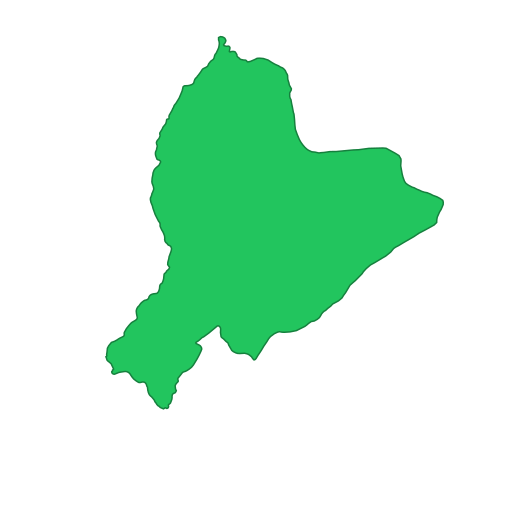 the district of Ocamonte, Santander, Colombia, rotated 28°
{"feature_id": "7082276B93797030728524", "entity_name": "Ocamonte", "entity_type": "district", "adm_level": 2, "iso_a3": "COL", "parent_name": "Colombia", "parent_adm1": "Santander", "projection": "mercator", "projection_center": [-73.133, 6.346], "detail": "fine", "context": "isolated", "style": "filled", "palette": "green", "viewbox_px": 512, "rotation_deg": 28, "n_neighbors": 0, "source": "geoboundaries", "source_scale": "gbopen_adm2", "svg_char_len": 6101}
<svg xmlns="http://www.w3.org/2000/svg" viewBox="0 0 512 512"><g transform="rotate(28 256 256)"><path d="M399.8,141.6L398.6,139.1L397.8,136.6L397.4,130.8L397.6,128.3L397.4,125.6L397.1,122.7L396.1,120.6L394.8,119.2L391.6,118.8L387.9,118.8L383.8,119.4L381.0,119.4L377.3,119.8L374.8,120.6L372.0,121.1L369.5,121.2L366.7,121.5L363.7,121.5L361.5,121.9L357.3,121.9L354.3,121.5L352.0,120.3L348.7,117.3L346.5,114.9L341.4,108.4L339.4,103.9L338.4,102.3L335.1,100.2L330.3,99.9L320.3,99.8L317.3,101.1L305.1,108.0L296.7,114.0L291.8,116.9L277.8,126.1L272.3,129.1L267.5,132.6L264.8,134.3L263.2,135.5L259.5,136.5L256.3,137.8L252.8,138.0L250.8,137.8L248.1,137.1L245.3,136.0L242.4,134.6L239.7,132.9L235.5,129.5L231.3,125.7L228.9,122.2L225.8,117.2L222.9,112.9L221.6,111.7L218.1,107.3L215.9,104.7L213.5,101.6L211.9,100.5L210.8,99.2L209.2,96.2L209.2,92.9L208.7,91.7L205.3,89.5L203.5,87.4L202.2,86.2L201.0,84.9L199.1,81.7L198.2,80.9L196.6,80.0L195.2,78.8L193.6,78.0L191.6,77.5L190.3,77.5L189.0,77.7L186.6,77.5L184.3,77.7L182.3,77.8L179.3,77.7L174.7,77.3L169.7,78.2L166.2,79.7L164.1,81.0L162.9,82.8L159.8,86.7L157.9,88.3L157.2,88.6L156.0,88.1L155.0,87.9L153.0,88.8L149.8,89.7L148.6,89.2L146.2,88.8L145.3,88.3L144.5,87.1L141.9,85.6L140.8,85.7L139.5,86.2L138.3,87.0L137.4,88.0L136.5,88.0L135.9,86.3L135.3,84.4L134.6,83.8L133.5,83.5L132.7,83.9L131.3,84.8L129.0,85.3L128.2,84.7L128.6,82.4L128.5,80.8L128.1,79.7L126.3,78.4L124.8,78.2L123.5,78.3L121.6,79.0L120.4,80.7L121.5,82.8L122.5,83.7L123.7,85.3L124.5,87.2L125.2,89.4L125.4,91.1L125.6,96.0L125.3,96.8L125.3,98.1L126.0,101.0L126.0,102.1L125.6,103.3L124.9,104.5L124.5,105.6L124.0,108.6L124.2,110.7L124.0,111.6L123.1,113.1L121.4,115.4L121.0,116.5L120.8,119.3L120.2,123.4L119.8,125.0L119.8,126.2L119.2,127.4L119.1,128.9L119.3,130.4L119.7,132.2L119.7,132.9L119.2,134.2L118.7,134.9L117.1,136.6L115.8,137.6L113.1,139.2L112.7,139.6L112.2,140.8L113.3,145.0L114.0,152.6L113.6,159.0L113.2,160.6L113.1,161.7L113.4,163.7L113.3,164.8L113.5,167.1L113.3,172.4L113.5,173.2L113.8,174.0L114.2,174.5L114.6,175.6L114.4,176.1L113.7,176.5L113.3,176.9L113.1,177.6L113.8,179.6L114.2,181.6L114.1,182.2L113.4,185.8L113.6,188.2L113.3,192.3L113.5,193.0L114.1,193.9L114.6,194.4L114.9,195.0L115.0,195.7L115.2,197.7L114.6,200.3L114.6,201.5L114.8,202.6L115.6,203.7L116.8,204.8L117.3,205.5L117.9,207.9L118.3,208.9L118.4,211.0L118.7,212.0L119.3,213.2L120.3,214.5L123.1,217.0L124.3,217.1L125.2,216.8L126.8,217.0L127.4,217.4L127.7,217.9L127.7,221.5L126.3,225.0L125.8,226.8L125.7,228.2L126.1,231.1L126.7,232.5L127.7,235.9L129.2,239.3L130.2,240.6L132.5,242.6L134.0,244.4L134.4,245.3L134.8,248.4L134.8,249.7L135.2,251.0L135.5,252.8L135.5,254.1L135.8,254.9L136.4,256.0L137.2,256.9L137.9,257.8L141.0,260.4L142.7,262.3L147.6,266.8L153.6,271.0L155.4,271.8L156.4,272.9L156.9,274.0L157.5,274.9L160.3,277.1L162.3,278.3L163.9,279.5L165.8,281.2L167.2,283.3L167.5,284.2L168.9,285.8L170.3,286.5L171.2,286.6L173.2,287.5L175.3,287.4L176.3,287.6L177.9,289.0L178.3,290.0L178.8,291.7L179.6,297.5L180.2,299.1L181.1,302.9L182.1,305.1L183.0,305.6L184.1,306.1L184.6,306.2L185.0,306.6L185.2,308.4L184.1,311.4L184.2,312.8L183.5,314.4L183.4,315.2L185.2,319.7L185.7,322.2L185.8,324.1L185.0,325.6L184.9,326.5L185.0,327.4L185.4,328.5L186.0,329.8L186.4,331.4L186.6,332.6L186.6,333.6L186.3,335.0L185.7,335.8L183.0,337.7L182.0,338.7L181.4,339.5L180.9,340.6L180.8,341.3L180.7,342.4L181.0,343.6L180.9,344.3L180.6,345.2L179.9,346.2L178.4,347.5L177.8,348.6L176.7,351.1L176.4,352.5L176.1,354.9L175.6,356.4L175.5,357.8L175.6,359.1L175.9,360.3L176.2,361.0L177.6,363.1L180.1,366.1L180.3,366.8L180.4,367.4L180.2,368.3L179.7,369.5L177.7,372.7L177.1,374.1L176.4,377.1L175.7,380.9L175.6,385.2L175.8,386.0L176.7,387.5L176.9,388.0L176.8,388.9L176.3,389.8L174.3,392.5L173.4,394.0L172.8,395.2L171.1,397.8L168.9,400.2L168.1,404.4L168.1,407.2L169.6,410.9L170.3,413.0L171.2,414.2L170.8,415.5L171.3,415.8L173.4,417.9L174.6,418.3L175.8,418.5L178.6,419.1L183.4,422.7L182.9,424.1L183.0,424.2L183.2,424.6L183.2,425.0L182.9,425.7L183.2,426.3L183.8,426.9L184.6,427.2L185.4,427.2L186.4,426.9L186.9,426.4L189.5,423.3L190.8,422.2L193.9,419.9L195.2,419.1L196.7,418.7L198.1,418.7L199.6,419.0L203.1,420.9L205.7,422.0L208.5,422.5L210.7,422.7L211.8,422.7L212.8,422.3L213.4,421.9L214.7,420.7L215.4,420.3L216.4,419.9L217.2,419.9L218.0,420.0L219.4,420.8L220.9,422.3L221.7,422.7L223.4,425.2L225.1,427.1L226.9,428.5L228.5,429.1L230.0,429.4L233.5,430.8L235.5,432.3L236.6,432.7L238.1,433.6L239.7,434.2L240.9,434.2L242.6,434.7L246.1,434.4L247.1,432.6L248.8,432.5L249.3,432.0L249.7,431.2L249.6,430.2L249.3,429.6L248.6,428.8L248.6,428.2L249.2,427.0L249.5,426.0L249.2,423.5L248.9,421.8L248.4,420.5L247.7,419.2L247.2,417.6L247.5,416.4L248.9,414.5L248.9,412.4L247.3,411.1L245.5,408.5L245.4,406.8L245.8,404.7L246.2,403.5L246.0,402.9L245.4,402.1L244.6,401.4L244.5,400.6L245.8,393.4L246.4,392.4L247.9,390.9L248.8,389.6L250.1,387.3L251.3,384.5L251.9,381.5L252.3,374.6L252.3,370.1L252.1,365.9L251.8,363.7L251.1,362.7L250.1,362.0L249.1,361.5L247.8,361.3L244.3,361.4L243.6,361.0L243.6,360.4L244.0,359.6L244.7,358.5L245.5,356.7L246.7,353.3L247.7,352.0L250.6,346.0L254.7,335.9L255.5,335.3L256.6,335.3L257.9,335.8L258.5,336.3L259.2,337.3L260.6,340.3L263.1,343.7L264.6,344.2L266.2,344.4L269.6,345.5L272.0,345.9L273.8,347.5L278.9,350.7L280.9,351.1L283.8,351.0L285.6,350.6L287.5,349.7L291.6,347.2L294.5,346.5L296.6,346.5L299.4,347.1L301.0,348.0L302.8,348.7L303.3,348.5L303.9,347.7L304.2,346.4L304.4,342.4L304.7,339.8L305.0,336.6L305.2,332.0L305.8,326.7L306.0,323.0L306.6,320.3L307.7,318.0L308.7,315.9L310.8,313.1L312.3,311.8L314.8,311.0L316.7,310.1L321.7,307.0L326.7,302.9L332.2,295.2L333.2,293.1L334.0,291.0L335.5,288.0L338.0,286.0L339.8,283.2L340.9,280.6L341.1,277.9L341.1,276.2L341.5,274.4L342.1,272.7L343.0,271.4L344.0,268.4L345.5,265.2L346.2,262.4L349.9,256.9L351.6,252.7L351.8,249.6L352.3,246.2L352.7,237.7L354.1,233.9L355.2,231.2L358.0,221.8L358.2,219.5L359.2,215.5L361.3,210.1L363.8,206.3L368.6,198.3L370.5,195.3L373.1,189.2L374.0,184.8L375.0,182.8L377.0,179.9L380.1,174.7L386.3,164.8L389.1,159.5L393.0,153.8L398.7,145.0L399.8,141.6Z" fill="#22c55e" stroke="#15803d" stroke-width="1.5"/></g></svg>